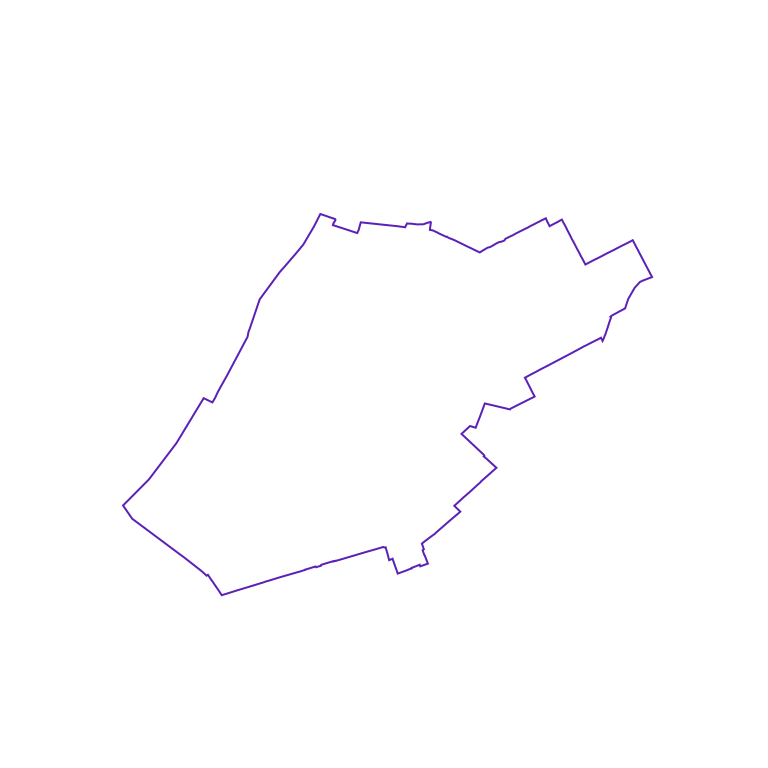 the district of Giurgiu, Giurgiu, Romania, rotated 154°
{"feature_id": "2599482B32840692607101", "entity_name": "Giurgiu", "entity_type": "district", "adm_level": 2, "iso_a3": "ROU", "parent_name": "Romania", "parent_adm1": "Giurgiu", "projection": "robinson", "projection_center": [25.939, 43.898], "detail": "fine", "context": "isolated", "style": "outline", "palette": "violet", "viewbox_px": 768, "rotation_deg": 154, "n_neighbors": 0, "source": "geoboundaries", "source_scale": "gbopen_adm2", "svg_char_len": 5047}
<svg xmlns="http://www.w3.org/2000/svg" viewBox="0 0 768 768"><g transform="rotate(154 384 384)"><path d="M366.7,564.7L377.7,556.4L378.9,555.6L395.4,544.7L406.2,539.8L423.7,532.3L425.8,531.5L429.0,530.1L458.6,514.6L478.8,494.2L479.6,493.4L480.6,492.4L482.9,490.3L486.0,486.2L521.6,460.3L536.7,449.8L541.7,445.7L546.3,442.7L552.3,450.3L596.4,421.9L637.1,401.3L671.8,389.2L669.4,373.3L642.4,320.9L639.9,316.2L630.1,296.1L630.0,295.9L628.7,292.6L627.5,289.5L625.9,289.7L625.0,283.0L624.8,282.5L624.1,277.3L623.1,270.9L622.4,265.3L615.3,264.2L606.5,262.9L585.4,259.5L579.0,258.5L577.4,258.4L574.3,257.8L568.4,256.9L562.8,256.0L558.1,255.2L546.7,253.2L543.9,252.7L541.7,252.3L536.3,251.5L536.2,251.7L535.4,251.5L535.0,251.5L525.6,250.0L525.4,249.1L520.4,248.3L520.1,248.8L519.7,249.0L507.2,247.0L507.3,246.7L504.8,246.3L504.8,246.1L485.2,242.8L478.5,241.7L475.1,241.1L472.1,240.6L469.4,240.1L465.5,239.4L461.8,238.8L460.2,238.5L457.8,238.1L457.3,238.1L456.8,238.0L456.6,237.9L456.3,237.8L456.1,237.6L455.9,237.6L455.8,237.4L455.7,237.3L455.5,237.1L455.3,236.9L455.1,236.7L454.1,236.5L454.8,232.7L455.3,229.8L456.0,226.4L456.4,224.4L456.5,224.1L456.6,223.4L455.8,223.3L455.3,223.4L454.6,223.3L453.7,223.2L452.9,223.2L453.5,218.5L454.0,214.2L454.2,211.9L454.4,210.3L454.8,207.6L452.9,207.4L447.7,206.8L445.9,206.6L445.1,206.6L443.4,206.5L440.0,206.1L439.9,206.6L432.8,206.0L431.1,205.9L431.3,204.2L425.8,203.6L423.3,203.3L423.2,204.2L422.9,207.8L422.6,211.0L422.5,212.0L422.7,212.4L422.7,213.1L422.5,214.7L422.3,216.3L422.2,217.1L422.1,217.7L420.6,218.0L420.4,220.0L419.9,223.9L417.9,224.4L412.6,225.5L407.3,226.5L403.7,227.1L402.8,227.5L397.3,229.0L390.6,230.8L385.4,232.2L379.6,233.7L374.3,235.0L371.4,235.8L372.1,237.9L373.3,241.1L374.2,243.7L368.1,245.5L362.0,247.3L356.3,248.8L351.1,250.3L349.4,250.8L345.0,252.1L342.5,252.8L340.6,253.3L340.1,253.6L339.8,253.8L319.7,259.4L324.9,272.6L326.1,275.1L325.3,275.5L325.3,276.5L336.0,304.6L336.2,305.2L325.1,308.5L320.8,304.5L317.1,308.0L312.5,312.2L301.9,322.3L286.1,309.4L281.9,305.9L281.3,306.3L281.1,306.3L278.6,306.4L276.2,306.4L270.2,306.5L262.4,306.6L257.0,306.6L254.1,306.7L254.1,307.4L254.2,309.8L254.3,312.3L254.3,316.5L254.4,321.3L254.5,325.7L254.6,327.9L253.4,327.9L249.8,328.1L247.2,328.2L242.2,328.3L238.7,328.5L235.0,328.6L228.8,328.7L228.2,328.8L228.0,328.7L226.5,328.8L219.4,329.0L216.2,329.1L210.3,329.3L206.2,329.4L200.2,329.6L199.1,329.7L198.0,329.7L197.6,329.7L187.3,330.2L185.7,330.1L182.7,330.2L178.0,330.3L176.0,330.3L174.5,330.3L172.9,330.3L170.3,330.4L168.7,330.5L168.7,326.9L167.1,328.2L165.5,329.6L164.9,330.2L164.3,330.8L163.8,331.1L163.4,331.4L161.1,333.8L159.6,335.3L157.7,337.2L157.1,337.9L156.4,338.6L155.5,339.6L153.8,341.3L152.0,343.1L151.1,343.9L150.9,344.2L150.8,344.5L150.9,344.9L151.0,345.2L148.5,345.7L145.9,345.8L134.1,346.3L127.3,353.3L116.5,360.6L109.3,363.5L106.3,363.5L96.2,362.6L97.4,404.2L99.8,404.1L101.2,404.1L103.6,404.0L106.3,404.0L109.6,404.0L113.1,403.9L116.7,403.8L118.6,403.7L122.5,403.7L126.4,403.7L131.1,403.5L136.2,403.4L137.7,403.4L142.0,403.4L144.1,403.3L147.6,403.2L150.6,403.1L150.7,406.1L150.7,408.5L151.0,412.6L151.0,415.9L151.2,420.4L151.3,424.5L151.4,428.5L151.6,432.2L151.6,436.0L151.7,440.4L151.8,442.2L151.7,444.6L151.8,447.3L152.0,450.7L152.1,453.8L154.7,453.7L156.7,453.5L158.6,453.5L162.5,453.4L166.0,453.3L166.0,455.9L166.1,458.7L166.0,460.1L165.9,461.8L165.9,462.0L167.5,462.0L169.9,462.0L173.3,461.9L176.0,461.9L178.9,461.8L181.5,461.8L183.9,461.7L184.9,461.7L185.4,461.6L185.8,461.6L186.2,461.5L186.8,461.6L187.9,461.6L189.1,461.6L190.9,461.6L192.6,461.5L194.4,461.6L196.0,461.5L197.7,461.5L198.9,461.5L200.3,461.4L201.4,461.4L202.1,461.3L202.8,461.2L203.4,461.2L204.8,461.3L206.6,461.3L209.1,461.3L210.6,461.3L211.2,461.2L211.5,461.1L211.9,460.9L212.4,460.5L212.8,460.3L213.4,460.2L214.3,460.3L215.2,460.3L216.7,460.6L217.9,461.0L218.8,461.1L219.6,461.1L221.3,461.1L222.5,461.0L223.6,460.9L224.6,460.8L225.7,460.7L226.6,460.7L227.9,460.6L229.3,460.7L230.0,460.8L230.4,461.0L230.8,461.1L231.5,461.1L232.8,461.0L234.7,460.8L236.7,460.7L237.5,460.6L237.9,460.5L240.3,460.3L242.2,462.7L243.7,464.6L244.7,465.9L246.0,467.6L247.1,468.9L248.2,470.3L249.8,472.3L251.5,474.6L253.1,476.6L253.5,477.1L254.2,478.0L254.8,478.8L255.3,479.3L255.9,480.2L256.4,480.9L257.3,482.0L258.7,483.6L259.5,484.6L260.7,485.7L261.8,487.1L262.7,488.2L262.9,488.5L262.9,488.8L263.3,488.8L263.8,489.3L265.0,490.8L266.3,492.4L268.1,494.6L270.0,497.2L272.2,499.9L273.3,501.1L274.2,501.7L274.7,502.1L275.2,502.4L274.2,504.0L271.0,508.7L271.2,509.3L271.9,509.3L273.0,509.6L275.1,510.0L277.0,510.1L278.1,510.2L279.3,510.6L280.9,511.4L284.0,512.8L285.8,513.9L289.8,516.5L291.0,517.0L292.8,518.2L295.1,516.6L296.2,515.6L303.0,520.1L328.0,535.7L334.0,539.5L336.5,536.7L339.0,533.8L341.1,532.0L341.9,531.4L349.1,538.4L358.9,547.9L360.2,549.1L360.0,549.3L359.9,549.7L359.7,550.0L359.0,550.4L358.8,550.6L358.6,551.0L358.1,551.2L357.1,551.7L356.3,552.2L355.8,552.7L355.6,553.0L355.7,553.3L355.6,553.6L366.7,564.7Z" fill="none" stroke="#5b21b6" stroke-width="2"/></g></svg>